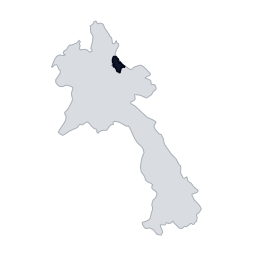 Phonthong, Louangphrabang, Laos (highlighted), rotated 9°
{"feature_id": "54806243B14812805317737", "entity_name": "Phonthong", "entity_type": "district", "adm_level": 2, "iso_a3": "LAO", "parent_name": "Laos", "parent_adm1": "Louangphrabang", "projection": "albers", "projection_center": [103.126, 20.819], "detail": "fine", "context": "in_parent", "style": "filled", "palette": "ink", "viewbox_px": 256, "rotation_deg": 9, "n_neighbors": 0, "source": "geoboundaries", "source_scale": "gbopen_adm2", "svg_char_len": 6044}
<svg xmlns="http://www.w3.org/2000/svg" viewBox="0 0 256 256"><g transform="rotate(9 128 128)"><path d="M87.8,30.2L89.0,32.5L94.7,38.5L95.6,40.2L97.7,41.4L99.4,46.8L100.2,47.2L101.1,46.8L101.8,46.0L102.4,44.0L102.8,43.7L103.4,45.5L105.0,46.0L105.7,46.7L105.9,48.0L105.7,49.3L104.4,52.4L103.6,56.5L109.1,65.3L111.5,66.5L117.0,68.0L120.8,69.9L122.6,69.4L124.2,67.2L126.2,66.0L130.0,64.1L131.1,64.0L133.1,64.7L136.5,66.9L141.7,71.0L141.6,72.1L140.6,73.1L137.9,74.8L137.0,75.8L137.6,76.2L139.9,76.5L142.6,77.4L143.4,78.4L143.9,80.9L144.4,81.3L146.9,81.0L147.7,81.4L148.6,82.1L149.5,84.2L149.5,85.7L147.0,88.4L146.7,90.0L145.5,91.9L142.0,95.2L141.1,95.4L134.8,93.7L129.7,93.9L129.3,94.6L130.1,96.5L130.4,98.5L129.6,99.9L126.7,101.8L126.6,102.7L127.2,103.5L131.5,105.2L145.1,114.4L151.3,116.1L154.0,117.2L154.7,117.8L154.7,118.6L154.0,119.7L153.5,121.5L153.4,122.6L154.1,123.6L155.2,125.2L159.1,128.6L161.9,129.4L164.8,133.4L165.8,136.9L167.3,139.2L174.5,146.6L180.5,151.2L184.1,156.1L185.9,157.2L186.4,159.1L187.0,164.4L189.1,167.0L189.6,168.0L190.5,168.8L191.5,168.9L193.5,167.1L194.0,167.4L195.0,170.2L195.9,171.2L199.1,172.8L202.5,176.1L204.3,177.3L206.6,178.2L207.0,179.2L206.6,180.3L205.9,181.0L202.0,183.1L201.5,184.0L204.2,188.2L210.9,193.4L213.0,196.5L212.6,198.0L210.9,201.2L209.5,202.1L209.2,203.1L210.3,205.6L210.3,209.5L209.1,210.4L208.0,212.9L207.2,213.1L205.1,212.3L201.0,216.5L199.2,216.3L197.2,218.7L194.5,219.0L192.5,217.4L188.5,214.7L187.0,213.0L185.8,214.5L183.7,216.0L180.7,215.5L180.0,217.6L179.4,218.0L175.8,218.4L175.1,218.7L175.7,220.6L177.9,223.8L178.6,225.6L177.3,228.6L173.6,228.6L171.9,227.4L169.7,224.9L164.9,223.3L161.7,224.5L160.8,224.4L158.3,222.3L157.4,221.0L156.8,219.0L160.5,217.3L162.3,215.9L163.5,214.6L164.0,213.1L164.5,207.2L165.0,205.1L164.6,202.5L163.6,200.5L163.6,197.5L164.1,195.1L165.4,193.8L166.4,192.0L166.9,188.1L166.4,187.1L165.1,186.1L162.8,185.2L161.3,184.1L160.7,182.7L160.7,181.5L161.4,180.4L159.7,179.2L155.5,178.0L153.2,176.4L152.7,174.6L151.0,172.2L148.0,169.3L146.4,165.1L146.2,159.5L146.5,155.0L147.7,149.7L145.9,145.9L144.0,143.9L141.4,142.5L138.9,140.4L136.5,137.7L133.6,133.6L130.3,128.3L128.0,125.9L126.9,126.4L124.5,126.0L120.9,124.4L117.7,123.6L115.0,123.5L113.2,123.8L112.4,124.6L112.3,125.5L113.0,126.3L112.7,126.9L111.2,127.3L110.1,128.2L108.8,130.2L107.9,132.8L106.6,133.8L104.5,134.0L102.4,134.7L100.4,136.0L99.5,136.9L99.6,137.6L99.1,137.7L98.2,137.3L97.7,136.5L97.7,135.1L96.7,134.2L94.6,133.8L92.2,132.3L87.7,128.6L86.6,128.4L85.1,129.4L83.2,131.4L81.5,132.2L80.3,131.8L79.3,132.5L78.6,134.4L77.3,135.9L71.1,139.9L65.5,145.0L64.1,145.4L60.8,143.9L59.7,142.9L64.4,132.4L65.2,129.8L65.1,126.4L63.2,123.6L63.1,122.7L63.4,121.9L65.8,118.6L68.6,110.2L68.5,107.6L67.3,104.7L66.7,101.9L67.3,98.2L67.1,96.7L65.8,96.0L61.6,95.2L59.2,95.8L58.1,96.8L56.7,97.4L54.0,97.7L51.6,96.4L49.5,94.2L49.1,91.6L51.8,86.0L52.4,83.8L52.4,82.8L51.9,81.7L51.3,81.5L50.0,80.2L48.8,77.8L47.6,76.7L46.4,76.9L45.3,77.8L43.6,79.9L43.0,79.6L44.7,71.9L46.2,68.6L47.9,67.1L49.7,66.4L51.6,66.7L53.2,66.4L54.5,65.7L54.4,65.2L52.9,65.0L52.3,64.2L52.6,62.5L53.3,61.4L54.3,60.9L55.4,59.3L56.4,56.5L57.6,55.0L59.0,55.0L61.3,53.8L64.7,51.4L66.0,49.1L67.3,50.2L66.8,52.9L67.5,53.5L67.8,54.5L67.6,56.0L67.8,57.3L68.3,57.9L69.1,58.2L72.6,57.1L74.8,57.1L78.4,59.1L80.5,57.6L80.5,57.1L78.8,55.2L79.4,48.4L79.2,43.2L76.3,39.3L75.7,37.7L75.4,35.2L74.7,33.1L76.8,31.3L77.9,28.2L79.4,27.4L79.8,27.5L81.6,29.9L83.9,28.8L85.6,28.8L87.0,29.4L87.8,30.2Z" fill="#d9dde1" stroke="#a8b0b8" stroke-width="1"/><path d="M101.9,62.9L102.0,63.2L102.1,63.6L102.3,63.8L102.3,64.0L102.2,64.4L102.2,64.6L102.4,65.0L102.6,65.6L102.6,65.8L102.6,66.0L102.9,66.1L103.1,66.1L103.3,66.1L103.7,66.5L103.8,66.8L103.8,67.2L103.7,67.5L103.4,67.9L103.3,68.0L103.5,68.0L103.8,68.0L103.7,68.1L103.9,68.2L103.9,68.3L103.9,68.5L104.0,68.4L104.0,68.5L104.0,68.8L104.0,69.0L104.0,69.3L104.1,69.5L104.3,69.9L104.5,69.9L104.9,69.8L105.1,69.8L105.4,69.9L105.8,70.0L106.1,70.5L106.2,70.8L106.3,70.9L106.5,70.9L106.6,71.1L106.8,71.3L107.0,71.6L107.2,71.8L107.6,72.3L107.7,72.5L107.7,72.8L107.7,73.0L107.8,73.1L107.9,73.3L108.1,73.5L108.4,73.8L108.5,73.9L108.7,74.0L109.1,74.0L109.3,74.0L109.5,74.1L109.8,74.0L110.0,73.9L110.4,73.8L110.5,74.0L110.6,74.3L110.8,74.7L111.0,74.7L111.3,74.6L111.4,74.4L111.5,74.2L111.5,73.9L111.5,73.7L111.4,73.5L111.4,73.4L111.3,73.2L111.3,72.9L111.3,72.6L111.3,72.4L111.5,72.4L111.5,72.2L111.7,71.9L111.6,71.7L111.7,71.3L111.6,71.2L111.7,70.9L111.5,70.7L111.7,70.3L111.6,70.0L111.6,69.9L111.9,69.7L112.0,69.6L112.2,69.4L112.3,69.4L112.6,69.3L112.7,69.1L113.0,69.1L113.3,68.9L113.5,68.8L113.6,68.6L113.8,68.5L113.9,68.4L114.0,68.3L114.3,68.3L114.6,68.5L114.9,68.5L114.9,68.4L115.1,68.1L115.3,68.0L115.4,67.9L115.6,67.9L115.4,67.8L115.2,67.8L115.2,67.7L115.0,67.4L114.9,67.4L114.7,67.3L114.4,67.3L114.2,67.2L113.9,67.0L113.7,67.0L113.4,67.0L113.3,66.9L113.3,66.7L113.2,66.7L113.0,66.8L112.9,66.8L112.7,66.9L112.6,67.0L112.6,66.9L112.4,66.9L112.3,66.7L112.2,66.7L111.9,66.6L112.0,66.5L111.9,66.5L111.8,66.4L111.8,66.2L112.0,65.8L111.8,65.6L111.7,65.4L111.6,65.2L111.3,65.1L111.2,65.1L110.9,65.1L110.9,64.9L110.7,64.9L110.5,64.7L110.5,64.8L110.4,65.0L110.2,65.0L109.9,65.0L109.9,64.9L109.8,65.0L109.8,64.9L109.8,65.0L109.7,65.0L109.7,64.9L109.5,65.0L109.4,65.2L109.2,65.1L109.3,65.0L109.2,64.9L109.3,64.9L109.2,64.7L109.1,64.4L108.9,64.3L108.7,64.1L108.7,63.9L108.7,63.7L108.6,63.4L108.5,63.2L108.4,63.2L108.3,62.9L108.2,62.8L108.1,62.7L108.0,62.4L107.9,62.2L107.8,61.9L107.7,61.9L107.7,61.7L107.6,61.4L107.4,61.4L107.1,61.2L107.1,61.3L106.9,61.3L106.7,61.3L106.4,61.2L106.2,61.1L106.0,60.9L106.1,60.7L106.1,60.4L106.0,60.2L105.9,60.0L105.8,59.9L105.7,59.9L105.5,59.7L105.4,59.6L105.2,59.6L104.9,59.7L104.7,59.6L104.4,59.4L104.2,59.4L103.9,59.4L103.6,59.4L103.5,59.5L103.4,59.5L103.4,59.4L103.4,59.5L103.0,59.6L102.8,59.6L102.7,59.6L102.5,59.9L102.6,60.0L102.6,60.3L102.5,60.6L102.4,60.7L102.1,61.1L102.2,61.3L102.3,61.5L102.2,61.9L102.1,62.1L102.0,62.3L102.0,62.6L101.9,62.9Z" fill="#0f172a" stroke="#020617" stroke-width="1.5"/></g></svg>